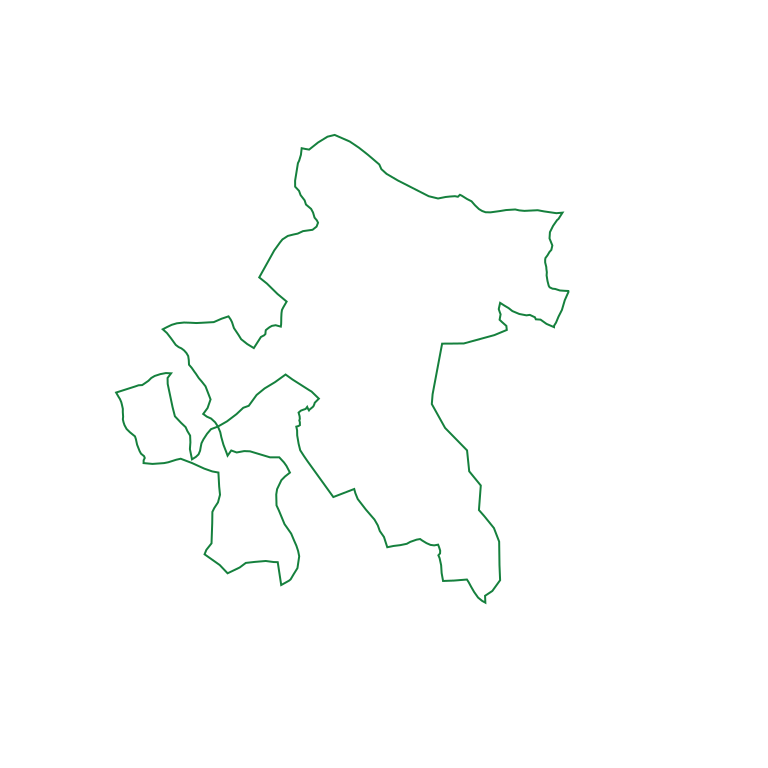 Nkwerre, Imo, Nigeria, rotated 48°
{"feature_id": "59680162B31302026198632", "entity_name": "Nkwerre", "entity_type": "district", "adm_level": 2, "iso_a3": "NGA", "parent_name": "Nigeria", "parent_adm1": "Imo", "projection": "orthographic", "projection_center": [7.107, 5.761], "detail": "fine", "context": "isolated", "style": "outline", "palette": "green", "viewbox_px": 768, "rotation_deg": 48, "n_neighbors": 0, "source": "geoboundaries", "source_scale": "gbopen_adm2", "svg_char_len": 4726}
<svg xmlns="http://www.w3.org/2000/svg" viewBox="0 0 768 768"><g transform="rotate(48 384 384)"><path d="M376.1,136.7L372.4,141.6L362.9,149.5L357.7,153.5L349.3,163.8L345.5,167.3L342.1,169.7L336.4,176.9L333.0,182.2L327.7,190.0L324.3,193.6L321.1,195.3L317.5,196.4L312.0,196.8L306.8,196.7L302.1,198.5L296.1,200.2L294.2,201.0L294.3,203.8L291.9,205.6L288.7,209.7L286.3,213.0L282.3,219.7L274.4,225.1L242.1,237.5L229.5,241.5L222.6,242.2L217.7,240.6L202.7,242.6L191.7,244.5L180.9,247.2L165.9,254.0L162.4,260.5L160.4,271.4L159.7,282.8L156.8,285.1L153.7,287.4L158.1,292.4L161.2,297.5L162.3,300.2L173.4,314.0L177.9,318.0L183.6,317.9L187.8,319.6L194.4,320.1L198.4,321.9L201.4,321.5L205.1,321.0L209.1,322.0L213.9,324.3L217.4,324.4L220.0,325.1L221.9,328.8L221.6,333.9L216.2,341.9L214.5,347.5L212.3,351.3L209.6,356.4L208.6,362.7L209.2,366.5L211.3,376.2L214.6,385.8L221.3,405.4L231.0,403.8L245.8,402.9L257.6,401.2L259.7,407.7L260.7,410.3L262.7,412.7L265.8,415.8L268.6,418.4L270.8,420.5L272.3,422.3L267.8,425.2L265.8,428.4L265.2,431.1L265.0,433.6L264.9,435.8L265.7,436.8L267.5,438.7L267.6,440.5L266.7,444.0L270.2,456.7L262.8,458.9L255.2,460.2L250.3,459.3L242.0,458.1L236.4,455.6L233.5,454.8L229.7,454.3L226.8,461.0L224.1,469.1L216.7,478.3L213.1,482.7L209.3,486.5L204.5,491.5L200.3,497.3L198.0,502.1L196.5,507.2L195.3,511.8L200.8,511.2L207.5,511.7L215.6,512.6L219.2,511.9L222.0,510.7L225.2,510.1L228.7,510.1L232.2,510.8L235.5,513.0L239.2,516.0L243.5,516.1L248.1,516.7L250.4,516.9L255.7,517.7L260.3,517.8L266.3,518.2L279.4,523.2L283.8,531.2L285.3,538.4L289.7,537.5L294.0,535.6L299.5,535.1L304.5,535.9L306.7,525.7L307.7,513.8L307.5,504.5L309.7,499.1L306.9,486.0L307.4,475.7L309.7,463.7L311.1,450.8L319.4,449.0L328.4,446.5L338.9,443.6L341.1,442.9L351.3,442.2L351.6,448.0L352.5,449.5L353.3,451.3L353.4,452.2L353.3,454.7L353.2,456.6L353.4,457.4L351.7,457.1L349.6,456.4L350.1,458.9L349.1,461.2L348.2,463.5L348.1,466.6L351.5,468.3L353.6,469.9L354.4,471.3L356.1,472.1L358.3,474.0L358.0,475.7L357.0,477.7L360.3,479.6L364.1,482.9L371.2,487.4L377.2,490.6L384.0,491.7L390.1,492.5L434.1,497.3L442.1,476.4L445.9,478.3L451.9,480.5L465.1,481.5L478.4,481.8L484.9,483.2L490.5,485.5L497.7,486.4L507.5,490.8L510.8,485.2L514.6,479.8L518.0,474.0L518.9,470.1L521.5,463.9L523.4,460.9L525.7,460.4L530.7,458.9L534.7,457.1L537.5,454.7L539.6,451.3L542.2,452.3L545.5,453.8L547.4,455.7L547.7,458.2L550.6,459.2L556.9,462.8L563.1,467.7L569.9,471.9L577.0,463.4L584.8,453.2L587.9,453.7L592.8,454.9L598.9,456.2L605.7,457.0L610.8,456.2L614.3,455.0L609.0,450.6L610.3,442.0L607.5,429.0L595.9,419.4L578.2,403.9L564.6,398.7L549.2,397.9L541.2,397.8L524.2,380.0L505.9,379.1L488.9,366.7L457.5,368.0L430.9,361.9L424.1,354.7L392.9,313.8L397.1,309.1L407.3,297.5L421.5,269.3L426.0,256.6L422.7,254.2L416.6,254.9L413.6,255.1L410.2,250.7L408.3,250.0L405.1,248.6L401.4,243.4L406.5,242.0L411.0,240.6L415.7,239.8L422.5,236.6L428.3,232.2L430.2,229.4L435.4,227.2L437.5,227.9L440.9,224.6L448.1,223.0L455.5,219.6L454.5,218.6L453.5,215.1L450.7,209.2L448.0,202.2L442.7,193.6L439.0,185.3L438.2,184.8L435.2,187.8L432.2,190.7L427.9,193.2L425.9,195.0L423.0,196.2L421.3,195.9L416.9,193.6L412.1,190.5L409.9,188.2L407.1,186.3L405.6,185.1L401.5,182.9L399.4,181.0L398.4,179.7L397.8,176.5L396.6,172.7L396.3,169.9L393.7,166.2L386.6,163.6L382.2,159.1L379.6,152.5L378.0,145.7L378.1,143.9L377.0,140.0L376.1,136.7ZM211.1,588.8L215.7,589.8L218.5,590.3L221.7,591.4L224.0,592.6L227.7,594.7L230.1,596.9L233.8,599.8L235.5,601.7L238.2,603.2L241.0,604.4L245.2,605.4L249.9,605.1L256.3,604.1L259.0,605.3L263.9,608.1L270.3,610.5L273.2,611.2L277.1,610.6L278.9,611.3L279.8,613.6L281.9,615.6L288.5,609.5L295.6,600.4L297.8,596.7L301.3,589.0L303.5,585.1L314.4,579.5L326.6,574.2L334.1,570.1L339.0,566.3L349.9,575.1L356.6,580.0L360.9,586.6L362.6,593.1L364.2,597.1L372.4,604.7L387.0,618.8L388.4,627.0L390.5,631.3L408.6,627.2L420.0,626.9L423.8,614.0L424.5,606.4L429.8,599.0L436.4,590.3L442.4,585.2L445.3,582.2L464.6,594.9L465.7,590.2L466.6,586.2L466.7,584.1L464.9,578.4L462.9,571.5L455.3,562.3L450.7,559.6L445.5,557.3L440.6,555.7L433.1,553.1L425.1,552.1L421.6,551.7L407.5,546.7L402.3,545.1L394.0,538.0L390.6,533.8L386.8,524.6L386.5,519.6L386.9,513.2L379.6,511.3L375.3,510.8L368.4,510.9L362.2,517.8L344.4,528.6L340.3,532.8L336.3,539.3L331.2,542.0L332.6,548.2L328.9,546.7L321.8,544.0L314.7,540.5L310.2,537.9L304.5,535.9L301.8,542.8L302.6,548.8L304.3,555.2L305.9,559.3L308.3,562.5L310.5,565.3L312.2,568.9L312.3,572.5L311.5,577.1L302.5,571.8L297.8,566.9L292.6,562.6L287.4,561.6L283.3,560.3L277.0,560.8L268.1,561.0L259.7,556.6L239.2,544.7L234.7,540.8L233.6,535.1L229.9,538.8L227.0,543.6L224.6,549.0L223.8,552.9L224.0,556.9L223.5,560.9L223.0,564.4L220.7,567.3L219.4,570.4L211.1,588.8Z" fill="none" stroke="#15803d" stroke-width="2"/></g></svg>